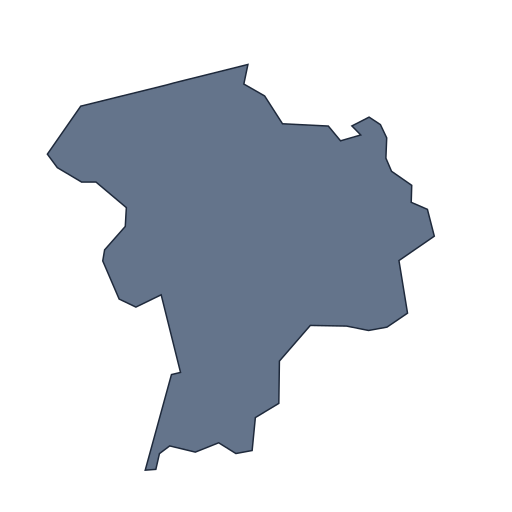 outline of Union, Georgia, United States of America, rotated 346°
{"feature_id": "52423323B53234951977617", "entity_name": "Union", "entity_type": "district", "adm_level": 2, "iso_a3": "USA", "parent_name": "United States of America", "parent_adm1": "Georgia", "projection": "mercator", "projection_center": [-83.988, 34.815], "detail": "fine", "context": "isolated", "style": "filled", "palette": "slate", "viewbox_px": 512, "rotation_deg": 346, "n_neighbors": 0, "source": "geoboundaries", "source_scale": "gbopen_adm2", "svg_char_len": 796}
<svg xmlns="http://www.w3.org/2000/svg" viewBox="0 0 512 512"><g transform="rotate(346 256 256)"><path d="M96.7,437.0L107.2,438.8L114.5,424.4L126.3,419.4L149.7,431.6L174.6,428.2L188.7,442.8L205.2,443.8L216.3,412.6L242.5,404.5L253.3,363.6L291.9,336.5L326.9,345.9L347.2,355.5L365.9,356.7L389.2,348.1L393.6,295.0L433.8,279.9L433.6,252.2L419.6,241.5L424.2,225.1L408.0,206.6L405.7,192.5L411.4,173.0L408.5,158.6L399.3,148.6L380.5,153.0L386.9,163.9L365.9,164.7L357.6,147.4L313.7,134.1L303.1,102.8L285.8,86.2L294.5,68.2L294.3,68.2L233.1,68.2L218.7,68.2L211.0,68.4L122.2,68.2L78.2,106.7L84.6,122.2L104.7,142.1L118.6,145.5L141.9,177.7L136.3,195.7L110.6,213.4L106.1,223.7L112.8,264.7L127.1,276.5L154.6,270.7L154.6,350.7L145.3,350.6L96.7,437.0Z" fill="#64748b" stroke="#1e293b" stroke-width="1.5"/></g></svg>